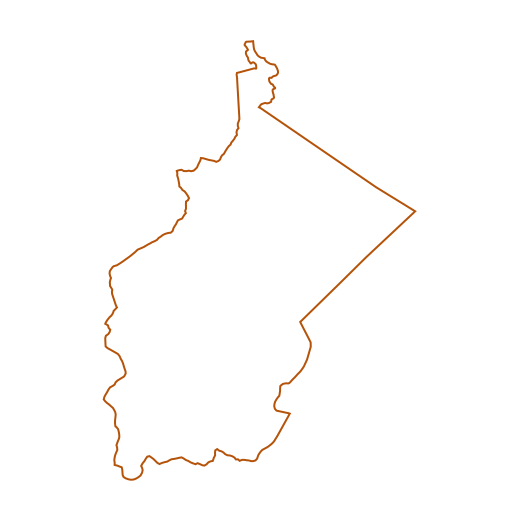 outline of Su-Ngai Padi, Narathiwat, Thailand, rotated 356°
{"feature_id": "78962969B52628429870613", "entity_name": "Su-Ngai Padi", "entity_type": "district", "adm_level": 2, "iso_a3": "THA", "parent_name": "Thailand", "parent_adm1": "Narathiwat", "projection": "mercator", "projection_center": [101.895, 6.128], "detail": "fine", "context": "isolated", "style": "outline", "palette": "amber", "viewbox_px": 512, "rotation_deg": 356, "n_neighbors": 0, "source": "geoboundaries", "source_scale": "gbopen_adm2", "svg_char_len": 5855}
<svg xmlns="http://www.w3.org/2000/svg" viewBox="0 0 512 512"><g transform="rotate(356 256 256)"><path d="M100.9,313.1L103.5,314.9L104.0,317.5L105.5,319.4L104.6,321.8L103.2,323.6L100.7,325.1L99.9,327.3L99.8,329.6L99.7,333.4L99.7,335.8L101.7,337.7L104.2,339.3L107.1,341.2L111.3,344.0L112.9,346.3L113.9,349.1L115.2,351.8L115.9,354.1L116.5,356.9L117.2,359.8L117.8,361.9L117.8,364.2L116.0,367.0L111.0,369.6L109.1,370.6L107.1,372.3L106.0,374.4L104.0,375.6L101.2,376.9L99.4,379.1L98.0,381.4L96.5,383.5L95.0,385.8L94.1,388.5L94.8,389.4L95.5,390.5L97.1,392.2L98.9,393.7L100.8,395.7L102.7,397.6L103.9,400.0L104.7,402.1L105.0,404.3L104.5,407.2L103.9,410.3L103.7,413.2L103.9,416.2L104.9,417.0L106.4,419.2L106.9,422.2L107.1,424.7L107.0,427.3L106.2,429.4L105.2,431.3L103.6,435.0L104.1,437.4L104.1,439.8L101.9,444.2L101.1,446.5L100.4,449.7L100.6,452.3L100.4,454.6L103.2,455.5L105.4,456.6L107.3,457.4L107.7,460.0L107.7,465.1L108.4,467.1L110.3,468.6L113.3,469.9L115.8,470.5L118.6,470.4L121.0,469.6L123.2,468.5L125.5,466.9L127.2,464.3L128.0,461.7L127.6,459.4L126.8,457.4L128.4,454.9L130.5,452.7L131.8,450.7L133.5,448.6L135.7,448.2L137.5,449.6L139.7,451.5L143.2,455.5L145.2,456.8L147.7,455.9L150.4,455.3L153.1,454.9L155.9,453.5L157.9,452.8L160.2,452.7L163.2,452.3L165.6,451.9L167.7,451.7L169.8,453.0L171.9,454.7L174.0,455.6L176.2,457.2L178.6,458.4L181.2,459.5L183.2,458.6L185.6,459.7L187.7,460.9L189.8,461.5L192.1,460.4L194.1,458.5L196.3,457.7L198.6,457.4L199.8,454.5L201.3,452.0L201.4,449.3L201.8,447.1L203.8,445.9L205.8,447.7L207.9,448.4L209.8,449.7L211.4,451.5L213.6,452.8L216.2,453.2L218.5,454.2L220.5,455.6L221.7,457.5L223.9,457.6L225.4,459.2L227.7,458.4L230.4,458.6L232.5,459.1L234.8,459.5L236.8,460.3L239.0,460.4L241.2,459.9L243.0,458.2L244.3,455.0L245.7,453.0L247.1,451.4L248.7,449.9L251.1,448.8L253.1,447.9L255.0,446.9L257.7,445.1L259.5,443.7L261.2,442.0L262.9,439.6L264.4,437.6L278.7,415.6L277.5,415.1L265.7,411.7L264.2,409.8L263.7,407.2L264.1,404.9L264.9,402.7L266.3,400.6L268.1,398.4L269.5,397.1L270.7,391.9L270.7,390.6L271.2,387.4L272.2,386.6L273.9,385.5L275.7,385.2L277.5,385.1L279.2,385.4L280.4,385.0L281.3,384.3L283.6,382.0L286.4,379.6L289.2,376.9L292.1,374.4L294.8,371.2L296.0,369.6L299.7,362.9L304.3,350.3L304.5,346.0L301.9,339.8L298.7,332.4L296.9,328.2L295.5,324.9L337.5,289.2L365.1,265.5L417.9,222.5L380.5,195.7L271.0,108.9L269.3,107.8L271.0,105.8L271.7,105.2L272.0,104.9L274.7,104.2L275.7,104.0L276.2,104.1L276.7,104.2L277.2,104.4L277.5,104.5L278.2,104.5L278.8,104.4L279.2,104.4L279.7,104.2L280.7,103.7L281.3,103.6L281.5,103.5L281.6,103.4L281.8,103.2L282.0,102.6L282.1,102.3L282.3,101.2L282.5,100.9L282.8,100.7L284.2,100.1L284.6,99.8L284.9,99.5L285.0,99.2L285.0,98.8L285.0,98.3L284.8,97.4L284.8,96.7L284.8,96.3L284.6,95.5L284.3,94.5L284.2,93.8L284.1,92.4L284.1,91.7L284.3,91.4L284.5,91.0L284.7,90.9L285.5,90.5L286.4,90.3L286.7,90.1L286.8,89.9L286.8,89.6L286.7,89.3L286.0,88.7L285.7,88.4L284.9,86.6L284.7,86.2L284.4,86.0L284.2,85.9L283.9,85.7L283.4,85.5L283.2,85.4L282.9,85.1L282.0,83.7L281.7,83.1L281.6,82.8L281.4,82.3L281.4,81.9L281.3,80.8L281.3,80.4L281.3,80.0L281.5,79.7L281.8,79.3L282.0,79.2L282.5,79.1L283.3,79.3L283.5,79.4L283.8,79.3L284.0,79.3L284.2,79.1L285.0,78.4L285.2,78.2L285.5,78.1L286.0,77.9L286.3,77.8L288.4,77.4L288.9,77.1L289.3,76.8L289.5,76.6L290.1,75.9L290.3,75.6L290.7,74.8L290.7,74.6L290.8,73.9L290.8,73.2L290.5,71.8L290.3,71.0L289.9,69.9L288.5,67.0L288.3,66.7L288.0,66.4L287.3,66.3L286.6,66.0L285.8,66.0L285.2,65.8L283.7,65.3L283.3,65.1L282.7,64.7L280.9,63.5L280.3,63.0L279.9,62.7L279.7,62.4L279.4,62.1L279.2,61.8L278.5,60.4L278.4,60.0L278.4,59.4L275.2,58.6L274.8,58.5L273.7,57.8L273.4,57.6L272.9,57.2L272.0,56.4L271.5,55.8L271.0,54.8L269.4,52.0L269.0,51.1L268.7,50.2L268.5,49.5L268.4,48.5L268.3,47.7L268.1,41.5L264.8,41.7L263.8,41.6L263.2,41.6L261.6,41.6L261.2,41.6L260.9,41.8L260.7,41.9L260.0,43.2L259.5,44.0L259.4,44.3L259.4,44.5L259.4,44.8L259.5,44.9L259.7,45.3L260.6,46.4L261.2,47.4L262.1,49.1L262.3,49.5L262.2,50.0L261.9,50.3L260.9,50.8L260.5,51.1L260.4,51.3L260.2,51.8L260.1,52.4L260.1,53.5L260.2,54.0L260.3,54.3L260.6,55.2L260.9,56.0L261.4,56.8L261.7,57.3L261.8,57.6L261.9,58.0L262.0,59.6L262.2,60.3L262.5,60.9L263.3,62.1L264.0,63.4L264.1,63.5L264.3,63.6L264.6,63.6L265.7,62.8L265.9,62.7L266.1,62.6L266.5,62.6L267.0,62.7L267.4,62.9L267.8,63.2L268.2,63.7L268.8,64.3L269.1,64.7L269.2,65.1L269.3,65.5L269.4,66.3L269.4,68.0L269.4,68.4L269.2,68.9L269.0,69.1L267.2,68.7L251.8,71.7L249.8,72.0L249.3,73.7L249.6,77.8L249.5,78.1L249.0,118.2L248.1,120.5L247.1,122.6L246.9,125.0L247.5,127.2L245.8,129.1L245.2,131.2L245.4,134.0L243.8,135.5L242.7,137.4L241.1,139.3L239.3,141.1L238.4,143.1L236.5,144.5L235.1,146.2L233.7,148.0L232.4,149.9L231.1,151.9L229.2,153.2L227.9,155.0L226.9,157.2L225.3,158.5L222.9,159.3L220.8,158.2L215.5,156.8L212.8,155.8L210.4,154.9L207.9,154.4L207.2,156.6L204.5,161.2L203.4,163.5L201.6,165.1L199.8,166.5L197.2,166.9L195.0,166.2L192.6,166.5L189.9,166.2L187.7,164.8L185.4,165.0L182.9,165.6L183.3,167.8L183.0,170.3L183.7,173.1L184.1,176.3L184.4,179.0L184.4,181.3L186.0,182.9L187.1,184.9L189.4,186.7L190.8,188.8L192.1,191.1L193.2,193.6L192.0,195.6L190.0,196.8L189.7,199.4L189.6,201.7L189.4,204.1L188.4,206.2L189.0,208.4L187.4,209.9L186.2,211.6L184.9,213.5L182.4,214.3L180.5,215.1L179.4,217.0L178.2,219.0L176.8,220.7L175.6,222.6L174.6,225.2L172.6,226.8L170.0,226.9L167.2,227.5L164.4,228.6L162.7,229.8L160.0,231.3L158.4,233.0L155.8,234.2L153.1,235.1L151.2,236.1L149.2,236.9L144.7,239.2L138.4,241.4L135.5,243.8L130.3,247.5L121.5,252.9L118.4,254.6L116.4,255.6L113.5,256.2L112.2,257.0L109.1,260.9L108.7,263.4L109.1,265.7L109.8,267.9L109.0,269.7L108.3,272.1L108.4,274.2L108.3,275.7L109.8,278.5L110.3,279.9L109.8,281.4L109.8,283.7L112.8,295.5L113.7,297.6L111.6,299.6L110.2,300.8L109.6,302.4L108.6,304.1L107.5,305.4L105.6,306.9L103.4,309.3L101.6,311.7L100.9,313.1Z" fill="none" stroke="#b45309" stroke-width="2"/></g></svg>